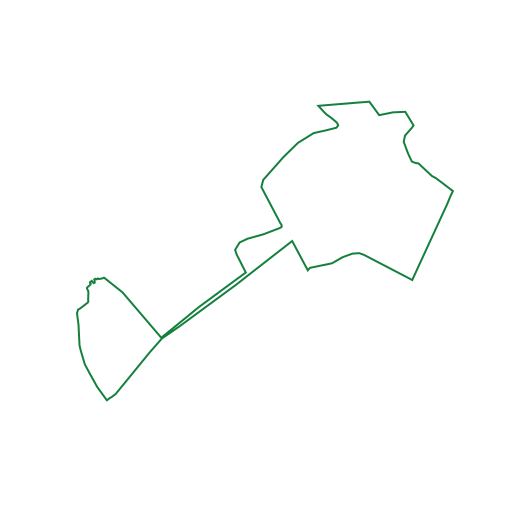 Al Galabat Al Gharbyah - Kassab, Gedarif, Sudan, rotated 60°
{"feature_id": "16777658B97978388224054", "entity_name": "Al Galabat Al Gharbyah - Kassab", "entity_type": "district", "adm_level": 2, "iso_a3": "SDN", "parent_name": "Sudan", "parent_adm1": "Gedarif", "projection": "natural_earth1", "projection_center": [35.305, 13.365], "detail": "fine", "context": "isolated", "style": "outline", "palette": "green", "viewbox_px": 512, "rotation_deg": 60, "n_neighbors": 0, "source": "geoboundaries", "source_scale": "gbopen_adm2", "svg_char_len": 1508}
<svg xmlns="http://www.w3.org/2000/svg" viewBox="0 0 512 512"><g transform="rotate(60 256 256)"><path d="M306.4,457.3L306.4,457.2L305.9,453.6L306.0,452.0L305.3,446.4L288.8,402.8L286.4,396.5L280.4,378.8L278.6,356.9L276.0,333.4L270.9,287.3L268.9,273.2L261.1,217.2L294.3,218.3L293.2,215.3L300.3,193.9L300.3,187.0L300.4,181.2L302.2,171.2L305.2,165.1L309.2,161.8L354.9,132.7L306.3,64.0L302.8,59.5L301.6,57.9L300.6,56.5L298.2,53.0L278.4,61.3L274.8,63.6L269.2,65.3L268.3,65.6L257.0,69.0L255.4,71.2L252.1,73.8L243.6,73.1L239.9,72.5L231.0,71.0L226.2,66.7L222.9,56.8L221.7,54.3L205.8,54.6L200.1,65.5L195.6,78.9L187.9,79.7L179.0,80.7L177.7,83.5L172.4,94.6L157.1,126.9L159.0,126.5L164.9,125.2L168.6,124.2L173.7,121.9L180.2,119.5L182.1,119.2L184.0,119.6L185.1,122.3L181.9,133.5L178.4,144.6L179.0,163.1L184.1,183.0L187.1,191.8L187.9,194.3L193.7,211.7L199.0,216.9L239.6,218.5L241.4,218.3L243.3,218.9L243.7,220.0L243.7,221.2L240.9,238.8L236.8,254.7L236.1,263.4L240.2,271.0L245.0,272.0L265.2,273.1L271.6,330.7L279.4,378.7L279.4,378.9L220.7,389.8L198.8,398.4L198.5,400.5L197.3,403.8L196.3,404.3L196.5,405.7L195.4,406.5L195.4,407.8L197.0,408.2L198.4,409.0L198.4,410.0L197.5,410.5L195.4,410.7L195.7,412.9L196.6,413.2L197.6,413.1L198.4,415.2L198.6,417.1L199.1,418.3L200.1,418.7L201.5,418.7L203.0,419.0L203.8,419.4L209.9,423.2L211.5,423.9L212.2,425.0L213.5,434.4L213.5,436.9L216.0,439.6L226.8,444.1L245.1,453.5L250.4,455.1L264.3,458.4L272.9,458.7L289.8,459.0L306.4,457.3Z" fill="none" stroke="#15803d" stroke-width="2"/></g></svg>